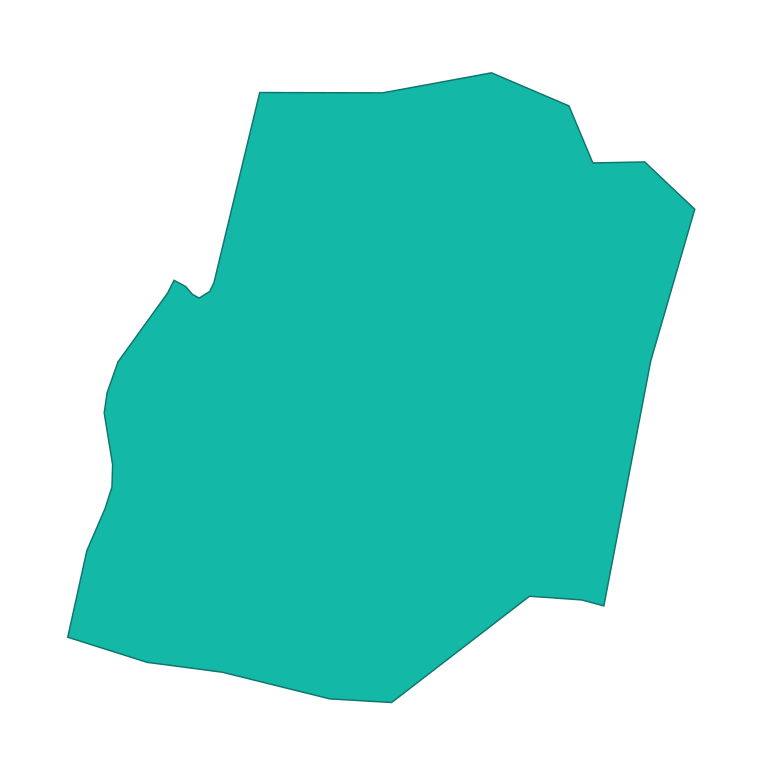 the border of Kasese, rotated 4°
{"feature_id": "UGA-3367", "entity_name": "Kasese", "entity_type": "District", "adm_level": 1, "iso_a3": "UGA", "parent_name": "Uganda", "parent_adm1": "", "projection": "natural_earth1", "projection_center": [29.908, 0.096], "detail": "fine", "context": "isolated", "style": "filled", "palette": "teal", "viewbox_px": 768, "rotation_deg": 4, "n_neighbors": 0, "source": "natural_earth", "source_scale": "10m", "svg_char_len": 548}
<svg xmlns="http://www.w3.org/2000/svg" viewBox="0 0 768 768"><g transform="rotate(4 384 384)"><path d="M193.6,311.2L203.7,303.8L207.3,294.8L239.7,101.9L362.1,93.7L469.5,66.1L549.1,93.7L576.9,148.9L628.6,144.3L656.5,167.3L681.8,188.0L648.5,342.2L618.8,590.0L596.0,585.6L543.9,585.6L413.8,701.2L351.9,701.9L242.7,682.8L167.1,678.2L86.2,658.7L99.2,571.0L114.4,527.9L119.8,505.8L118.9,483.4L106.9,432.3L108.4,412.0L117.2,380.3L161.8,308.4L167.3,295.2L179.3,300.6L186.7,308.0L193.6,311.2Z" fill="#14b8a6" stroke="#0f766e" stroke-width="1.5"/></g></svg>